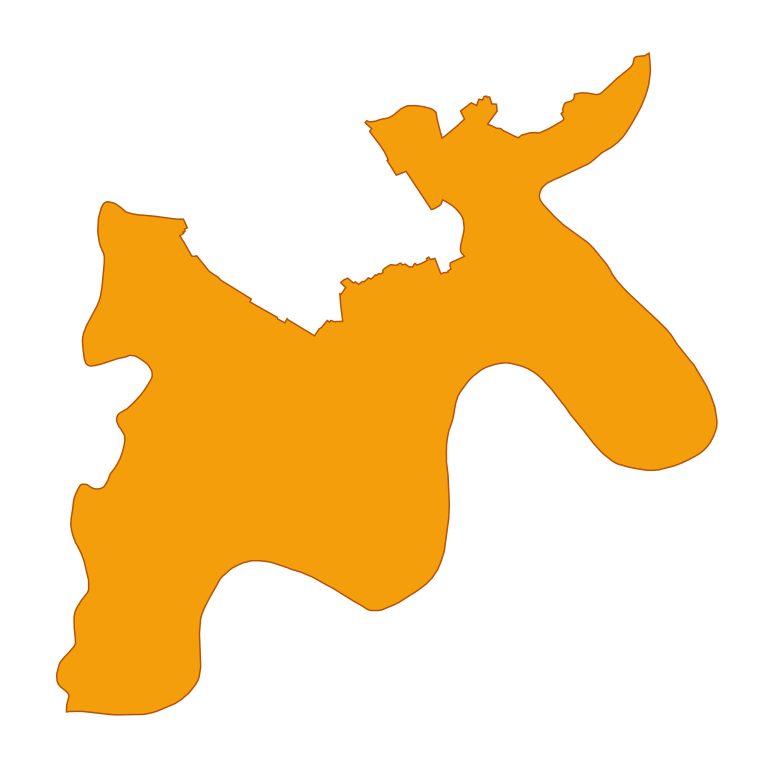 outline of Vu Thu, Thái Bình, Vietnam, rotated 269°
{"feature_id": "81297802B99897160628736", "entity_name": "Vu Thu", "entity_type": "district", "adm_level": 2, "iso_a3": "VNM", "parent_name": "Vietnam", "parent_adm1": "Thái Bình", "projection": "mercator", "projection_center": [106.301, 20.424], "detail": "fine", "context": "isolated", "style": "filled", "palette": "amber", "viewbox_px": 768, "rotation_deg": 269, "n_neighbors": 0, "source": "geoboundaries", "source_scale": "gbopen_adm2", "svg_char_len": 6062}
<svg xmlns="http://www.w3.org/2000/svg" viewBox="0 0 768 768"><g transform="rotate(269 384 384)"><path d="M243.1,69.1L238.0,70.3L230.5,72.9L227.4,74.8L219.3,78.6L211.9,81.1L193.1,85.2L184.5,85.2L182.2,84.7L180.0,83.4L173.4,78.0L166.6,73.5L162.9,71.6L160.1,70.8L156.5,70.1L153.4,70.0L145.2,70.1L134.0,71.0L130.3,71.0L129.0,70.6L127.6,70.0L121.3,64.5L116.6,59.8L111.9,55.8L110.2,54.7L100.6,51.9L97.8,51.7L92.7,52.0L89.5,53.2L86.6,55.6L81.7,61.4L79.8,62.9L78.9,63.3L77.4,63.6L68.0,61.0L61.7,60.8L62.0,64.1L62.1,71.3L61.8,77.7L58.2,105.5L57.9,110.0L57.8,137.7L59.3,146.1L60.9,151.5L67.9,168.9L69.6,172.0L71.8,175.4L77.9,182.9L80.1,185.0L87.6,190.9L90.9,192.8L94.3,194.0L104.4,195.8L137.8,195.1L152.2,196.5L157.3,198.0L162.6,200.2L172.4,205.4L191.9,216.8L194.2,218.8L201.7,227.7L202.9,229.5L205.9,235.7L207.7,240.2L209.6,248.3L209.5,256.0L208.8,262.3L208.0,266.6L206.9,270.5L202.0,284.3L200.4,288.0L197.3,297.8L192.0,309.6L184.2,322.9L180.2,330.2L167.2,350.2L162.7,358.0L159.0,363.3L158.1,365.8L157.7,367.8L157.6,373.6L158.0,377.4L163.0,390.0L165.6,395.5L172.9,407.3L174.5,410.2L178.6,416.4L183.2,422.5L185.0,424.4L189.4,428.8L197.4,434.3L205.0,437.7L215.5,441.3L248.0,446.3L260.2,447.1L267.7,447.1L292.4,446.4L304.5,445.1L315.5,445.2L322.0,445.5L327.8,446.2L336.0,448.0L343.5,450.8L349.4,452.6L363.5,455.3L370.8,457.8L374.0,459.6L383.9,467.1L387.5,470.3L390.8,473.9L396.6,481.7L398.9,486.2L401.9,495.9L403.0,503.9L402.9,508.2L402.2,512.2L399.5,522.0L396.8,528.2L393.3,534.0L389.7,538.5L385.4,543.1L375.6,551.6L362.4,561.4L359.1,564.1L350.6,569.7L333.0,583.6L321.2,592.3L313.3,599.2L310.0,602.4L303.0,610.9L300.5,615.1L299.6,617.3L299.0,619.7L296.9,626.0L294.7,636.3L293.1,645.9L293.0,651.3L293.4,657.3L296.9,672.0L299.4,679.2L302.5,686.2L306.6,694.3L309.9,699.7L312.4,702.8L316.1,706.4L319.9,709.2L325.9,712.5L334.2,715.7L340.4,716.3L344.4,715.9L355.5,714.3L368.0,710.1L376.6,706.2L397.7,694.2L402.1,690.5L418.3,678.0L428.3,671.8L433.4,667.7L442.1,659.3L468.8,631.7L473.9,626.7L483.5,618.4L489.9,614.1L495.2,611.5L499.7,608.7L516.1,595.8L521.7,590.4L540.0,566.1L548.6,557.2L561.0,546.1L565.3,543.4L568.2,542.7L569.9,542.6L571.9,543.0L576.2,544.7L578.6,546.6L581.9,550.5L584.8,556.3L589.1,566.6L600.6,592.3L602.4,595.0L606.7,600.3L611.3,605.6L616.4,615.0L619.0,618.5L621.4,621.7L625.4,625.8L627.5,627.7L633.2,631.9L642.7,637.9L653.5,644.1L658.3,646.6L667.5,650.4L673.6,652.5L679.5,654.1L692.6,655.9L705.2,655.3L710.2,654.8L707.7,650.5L707.0,642.3L706.2,640.6L704.9,639.6L700.4,638.7L699.2,638.2L696.5,636.2L695.3,634.9L685.8,622.7L675.2,611.0L671.1,606.2L670.3,604.9L669.8,602.9L669.7,600.7L671.3,592.8L671.7,586.5L670.4,579.4L668.1,579.3L665.9,578.7L664.8,577.8L663.5,575.8L662.0,570.4L661.4,569.7L660.6,569.2L655.0,567.2L652.9,568.0L651.2,565.8L646.7,568.4L645.4,568.4L643.7,566.4L636.2,552.9L632.3,543.7L632.3,542.1L632.8,539.7L632.5,533.9L630.3,525.8L627.9,522.5L628.9,520.0L635.1,508.0L637.4,505.1L637.8,500.9L640.4,495.9L642.1,492.1L654.8,501.9L661.8,501.3L662.2,496.6L669.0,494.7L669.2,494.1L669.0,492.1L670.0,491.7L669.7,489.1L666.2,487.4L667.1,483.9L660.9,481.5L663.6,476.2L655.6,465.3L647.4,469.1L640.0,460.8L630.5,448.8L628.8,446.2L632.4,445.6L634.9,444.7L648.6,441.6L654.6,440.8L657.1,438.2L658.2,436.3L660.4,429.3L661.8,420.6L661.8,412.9L661.1,410.4L658.6,405.5L652.3,397.6L650.4,394.1L649.7,391.8L648.8,386.0L646.8,379.5L646.3,374.1L647.5,371.4L645.5,369.7L639.5,376.2L636.8,374.0L622.3,384.6L616.6,388.2L611.2,390.8L608.0,392.0L607.4,391.0L592.6,400.0L596.2,409.8L557.6,434.4L558.4,437.3L561.3,442.5L562.7,444.0L563.6,444.5L567.2,445.7L564.8,450.0L560.7,456.1L557.3,459.6L552.5,463.5L549.5,465.2L546.6,466.2L538.4,466.9L534.7,466.4L520.3,462.9L516.8,462.8L515.1,463.0L513.6,463.7L510.3,466.8L503.9,452.4L501.8,452.1L497.6,452.8L496.1,450.2L495.3,449.8L494.7,449.9L494.1,445.2L493.2,442.7L508.7,437.1L507.6,432.3L510.1,431.0L508.7,428.7L506.9,429.6L503.7,423.0L502.6,419.7L502.4,418.6L503.7,417.6L504.0,417.1L503.2,416.3L500.9,414.9L500.4,414.2L500.8,411.0L503.4,407.6L503.4,406.8L502.7,404.5L504.5,403.0L504.5,402.7L504.4,401.8L502.5,398.7L502.6,396.3L503.2,393.4L502.9,392.2L500.5,387.9L498.2,385.1L497.3,384.7L495.9,385.1L494.9,384.3L494.4,383.2L494.3,380.5L492.8,378.3L493.2,377.2L491.1,375.3L489.1,372.9L490.4,370.3L487.4,367.0L486.5,365.6L486.9,364.3L484.0,360.3L486.7,357.3L485.5,355.6L485.5,355.1L490.5,349.6L489.4,347.5L489.2,346.3L486.6,342.8L486.0,342.6L481.1,347.4L474.4,342.6L474.9,341.4L465.2,342.0L447.4,343.8L447.2,335.0L448.5,332.3L448.3,331.8L446.7,330.7L448.5,328.4L441.5,322.4L440.4,320.3L433.4,315.4L449.9,289.1L451.0,288.3L447.0,286.0L448.0,283.8L451.0,278.7L452.5,278.3L468.4,251.4L471.3,252.7L490.8,222.4L493.5,220.3L497.1,214.8L500.0,210.9L515.4,199.0L514.9,196.2L515.3,194.0L529.0,186.6L535.8,182.4L538.1,186.1L539.2,185.6L539.6,185.7L539.5,186.2L539.1,186.6L540.3,187.8L542.2,187.2L543.7,190.1L552.3,186.3L552.4,180.3L553.0,175.5L555.7,157.7L556.8,148.2L557.3,141.9L558.3,136.3L560.3,129.3L565.7,123.1L568.3,119.5L569.9,116.3L571.1,111.0L570.5,108.5L569.1,106.7L565.1,104.4L554.6,101.4L542.4,100.5L538.8,100.7L530.8,101.8L526.9,102.8L518.9,106.1L515.7,106.6L509.7,106.4L486.2,103.8L476.1,101.9L472.1,100.6L467.2,98.5L447.4,87.5L439.9,84.5L436.1,83.6L432.1,83.2L422.0,83.9L414.0,84.9L410.0,86.2L409.2,86.7L407.7,88.7L407.0,91.1L407.5,95.2L408.8,101.4L414.2,118.7L415.5,126.0L416.8,129.3L417.1,131.1L416.6,134.8L416.2,136.1L414.6,138.9L412.0,142.8L408.6,147.1L406.5,149.1L401.8,151.7L400.6,152.1L398.2,152.4L395.9,152.3L394.2,151.9L391.1,150.3L382.2,144.4L377.0,140.4L368.6,132.3L363.5,126.4L359.8,119.6L357.8,117.4L355.8,116.5L353.8,116.0L351.6,116.1L349.0,117.0L346.0,118.4L343.5,120.2L337.0,123.7L332.5,123.9L327.2,123.1L319.6,121.0L313.3,118.5L308.3,115.7L304.0,112.9L299.5,109.2L297.2,108.0L292.4,106.2L287.9,103.5L286.1,102.1L285.3,100.8L284.5,98.9L284.1,96.7L284.0,94.7L284.3,92.8L284.9,90.9L286.0,88.8L288.4,85.7L288.9,83.9L289.1,81.6L288.9,80.0L288.3,78.8L287.1,77.9L284.0,76.1L278.3,73.3L272.9,71.6L264.7,70.6L255.9,69.0L251.4,68.6L248.4,68.4L243.1,69.1Z" fill="#f59e0b" stroke="#b45309" stroke-width="1.5"/></g></svg>